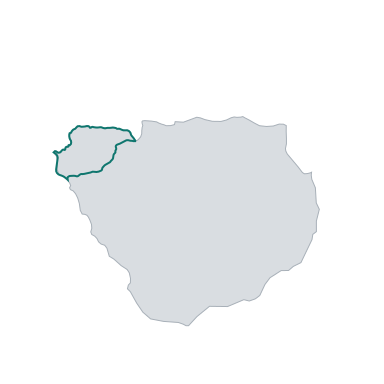 where Artigas sits in Uruguay, rotated 320°
{"feature_id": "URY-6", "entity_name": "Artigas", "entity_type": "Department", "adm_level": 1, "iso_a3": "URY", "parent_name": "Uruguay", "parent_adm1": "", "projection": "mercator", "projection_center": [-56.902, -30.588], "detail": "fine", "context": "in_parent", "style": "outline", "palette": "teal", "viewbox_px": 384, "rotation_deg": 320, "n_neighbors": 0, "source": "natural_earth", "source_scale": "10m", "svg_char_len": 4080}
<svg xmlns="http://www.w3.org/2000/svg" viewBox="0 0 384 384"><g transform="rotate(320 192 192)"><path d="M296.3,253.7L294.2,255.7L291.9,259.3L289.2,268.1L280.2,280.2L278.4,287.1L268.6,294.2L261.8,302.3L257.3,302.1L253.3,305.6L230.1,316.1L221.7,314.1L215.5,314.2L209.8,309.5L196.7,307.8L188.5,309.7L177.5,314.8L174.1,314.7L171.7,314.5L165.8,312.3L162.5,307.8L145.6,302.6L131.9,290.8L115.8,290.6L103.4,292.2L101.5,290.6L100.3,287.6L97.7,283.2L87.1,272.9L78.7,262.6L77.1,252.5L78.2,241.6L80.7,228.7L80.3,224.7L83.4,222.4L86.4,222.0L89.4,218.6L92.0,213.6L92.5,209.8L90.4,202.8L89.0,193.0L87.3,188.1L90.7,180.4L90.9,176.7L88.9,173.4L88.4,170.1L89.3,166.6L89.1,163.3L87.9,160.1L88.8,157.5L91.9,155.4L94.2,152.2L95.7,147.9L96.5,144.7L96.6,142.4L95.6,140.3L93.7,138.3L94.6,134.3L98.3,128.4L100.6,123.1L101.7,118.5L101.7,114.8L100.4,112.0L100.9,110.1L103.2,109.1L104.2,106.1L103.9,98.7L101.5,92.6L103.3,87.8L108.5,82.3L111.1,77.8L111.4,74.4L113.0,72.4L115.4,76.1L122.7,77.1L130.0,77.2L131.2,76.3L134.1,70.3L137.9,68.5L142.0,68.1L146.5,68.4L151.3,72.4L164.9,85.4L174.9,94.5L178.0,98.8L180.6,102.0L182.6,105.0L181.8,112.8L181.9,116.3L182.4,117.2L184.6,117.3L188.0,116.8L190.9,115.1L193.1,112.6L195.3,110.5L197.0,109.5L197.7,107.8L198.7,106.1L199.7,105.7L201.7,107.0L206.4,111.5L210.0,115.6L210.9,117.9L212.3,120.4L213.8,122.6L214.8,124.6L218.3,127.4L221.9,129.1L224.3,127.3L230.3,133.0L243.7,137.8L246.1,140.7L248.4,144.8L253.1,151.0L259.6,156.6L264.7,159.0L269.7,160.3L272.5,161.6L274.4,163.7L277.5,166.0L279.4,166.9L280.1,169.0L282.0,173.5L284.1,179.3L286.3,184.6L291.2,189.7L296.7,193.7L302.4,196.0L305.6,198.8L306.9,201.7L303.1,206.1L298.9,211.5L295.3,215.8L291.5,218.8L290.2,220.9L289.4,224.1L289.4,241.2L289.1,247.5L289.4,249.2L289.9,250.4L292.3,252.1L295.2,253.5L296.3,253.7Z" fill="#d9dde1" stroke="#a8b0b8" stroke-width="1"/><path d="M113.2,72.6L113.9,73.2L114.7,75.9L116.1,76.8L117.2,76.9L119.1,76.5L120.1,76.5L120.7,76.8L121.3,77.8L122.0,78.0L122.4,77.8L123.4,76.9L124.0,76.6L124.8,76.7L125.4,77.0L125.8,77.5L126.5,77.7L126.8,77.6L127.3,76.9L127.6,76.8L127.9,77.0L128.5,77.6L130.1,77.4L131.3,76.4L132.2,75.0L132.4,73.4L132.8,72.1L133.7,70.5L134.9,69.1L136.0,68.3L136.4,68.4L137.2,68.8L137.7,68.8L138.5,68.3L138.8,68.2L140.4,67.9L141.3,67.9L143.3,68.5L145.0,68.2L146.6,68.1L148.2,69.2L149.0,70.6L149.4,71.1L152.1,73.0L153.4,73.6L154.1,74.1L154.8,74.7L155.2,75.4L155.3,76.4L155.2,76.9L155.2,77.3L155.9,77.7L156.4,77.8L156.8,77.8L157.2,77.9L157.7,78.2L157.9,78.4L158.3,79.1L159.9,80.9L160.4,81.3L161.2,82.0L163.5,83.5L164.2,84.2L165.2,86.0L165.9,86.9L166.4,87.4L168.4,88.5L171.0,90.6L172.4,91.4L173.3,92.2L174.6,93.8L174.9,94.4L175.0,94.9L175.2,95.4L175.7,95.8L176.5,96.4L176.9,96.7L177.2,97.1L178.6,99.9L179.2,100.8L182.1,103.1L182.8,104.5L183.0,106.0L182.8,107.5L182.1,108.8L181.9,109.9L181.9,113.2L181.6,115.5L181.6,116.6L181.8,117.0L180.2,115.7L179.8,115.4L179.4,114.8L179.1,114.4L178.0,113.4L177.5,112.8L176.8,111.8L176.5,111.4L175.6,110.6L174.9,110.2L174.6,110.1L167.8,108.6L165.4,107.7L165.0,107.6L164.6,107.5L163.8,107.6L163.4,107.7L163.1,107.9L162.9,108.1L162.7,108.3L162.5,108.7L162.2,109.5L161.9,109.9L161.8,110.1L161.4,110.5L161.2,110.6L160.2,111.0L159.8,111.2L159.6,111.4L159.0,112.2L158.8,112.3L158.6,112.5L158.1,112.6L156.6,112.8L156.1,113.0L155.7,113.2L153.2,115.4L152.8,115.6L152.3,115.8L151.8,115.9L149.7,116.1L148.7,116.4L148.1,116.4L143.2,115.5L142.1,115.4L139.3,115.8L139.0,115.9L138.6,116.1L137.4,117.0L137.2,117.1L136.9,117.2L136.6,117.2L136.2,117.2L133.6,116.4L132.6,115.8L131.7,115.3L129.7,113.3L129.1,112.7L128.7,112.5L126.7,111.8L121.0,108.8L119.5,107.8L119.3,107.5L118.6,107.0L118.2,106.8L117.7,106.7L116.9,106.6L115.3,106.6L114.9,106.5L114.5,106.4L114.0,106.0L113.7,105.8L113.5,105.5L112.8,104.5L112.5,104.2L111.8,103.5L109.0,101.4L108.4,101.0L107.9,100.9L106.7,100.8L106.3,100.8L106.0,101.0L105.7,101.2L104.7,102.7L104.6,101.8L104.3,100.5L103.9,98.7L103.6,97.6L102.6,95.5L101.9,94.5L101.0,92.6L100.8,90.6L101.3,88.8L102.5,87.3L111.1,79.5L112.0,77.9L112.3,75.9L111.7,73.8L111.5,72.7L113.2,72.6Z" fill="none" stroke="#0f766e" stroke-width="2"/></g></svg>